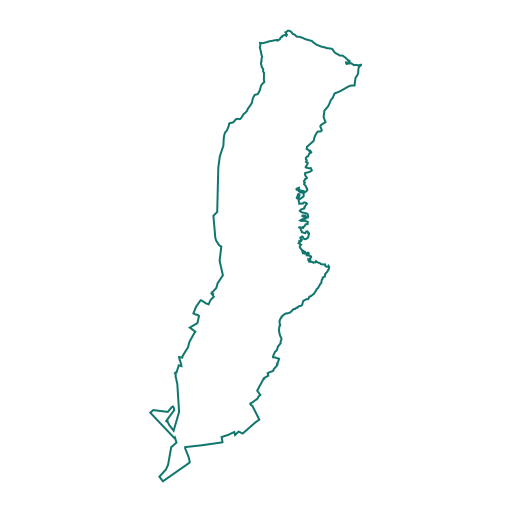 the district of Mereni, Covasna, Romania
{"feature_id": "2599482B11126024724962", "entity_name": "Mereni", "entity_type": "district", "adm_level": 2, "iso_a3": "ROU", "parent_name": "Romania", "parent_adm1": "Covasna", "projection": "orthographic", "projection_center": [26.261, 46.117], "detail": "fine", "context": "isolated", "style": "outline", "palette": "teal", "viewbox_px": 512, "rotation_deg": 0, "n_neighbors": 0, "source": "geoboundaries", "source_scale": "gbopen_adm2", "svg_char_len": 6039}
<svg xmlns="http://www.w3.org/2000/svg" viewBox="0 0 512 512"><path d="M189.6,462.6L189.7,461.3L188.6,457.0L185.1,448.2L185.2,447.1L201.6,445.3L222.1,442.4L222.5,442.2L221.6,437.0L227.9,435.0L234.3,432.0L235.0,435.0L238.6,431.6L242.7,433.5L255.4,422.4L259.3,419.6L252.4,405.9L250.6,404.6L250.2,403.9L250.5,403.3L252.4,402.4L257.5,398.6L258.5,396.5L260.3,395.0L257.2,390.6L263.8,378.4L264.3,378.5L264.3,377.9L268.3,375.7L267.7,373.1L273.2,370.8L273.8,369.1L276.5,366.1L277.6,364.4L277.6,364.1L277.0,363.7L278.1,361.8L279.1,358.8L275.4,357.6L273.0,357.3L272.9,357.0L273.7,354.6L275.1,351.7L276.7,350.4L277.4,348.7L277.8,346.7L280.6,343.3L280.6,341.4L281.4,339.6L281.4,338.4L280.0,335.4L279.4,332.9L278.8,329.6L279.2,328.8L279.2,327.7L279.6,325.5L280.2,325.4L279.4,321.6L280.4,318.7L281.2,318.0L281.3,317.1L281.8,316.9L281.9,316.3L285.1,313.8L286.6,313.3L287.3,313.5L290.5,312.3L291.6,311.0L292.3,310.6L292.6,309.9L294.0,308.9L295.0,309.0L296.7,307.6L297.2,307.8L298.6,306.4L301.7,305.5L302.3,304.7L302.6,303.0L303.3,300.9L306.6,299.1L308.3,299.1L309.4,296.6L310.7,296.3L313.8,293.9L316.2,290.3L316.7,289.1L318.0,288.0L320.4,283.8L321.4,282.8L321.4,281.9L321.8,279.8L322.6,278.9L322.7,277.5L324.9,276.5L325.0,274.3L325.8,273.7L325.9,273.0L327.5,271.6L327.9,270.2L328.4,269.9L328.9,268.8L329.2,266.8L328.5,265.9L328.3,266.5L327.7,266.8L325.6,266.4L325.3,265.7L325.4,264.5L325.9,264.3L322.9,264.5L320.8,264.0L319.7,263.0L317.7,262.5L316.0,261.1L315.4,262.4L313.7,262.3L313.4,262.7L312.1,261.9L310.8,261.9L310.5,261.5L309.2,261.7L308.8,260.7L307.9,260.0L308.3,260.1L308.3,259.3L309.0,259.7L309.4,259.2L310.3,260.0L310.0,258.7L310.7,257.3L311.1,257.3L311.1,256.5L309.2,255.6L306.8,255.3L307.0,254.9L308.6,254.6L308.8,253.3L308.6,253.0L307.9,253.3L307.9,253.0L307.4,253.2L307.3,252.9L305.4,253.7L304.5,253.7L304.4,253.3L305.1,252.5L305.1,252.2L302.9,253.2L302.5,251.9L304.4,252.1L303.6,251.0L301.7,249.8L300.0,247.7L299.7,246.7L299.9,246.1L301.0,244.7L298.6,243.2L299.1,242.7L299.2,241.8L299.6,242.2L299.7,241.6L300.0,241.8L300.3,240.9L301.1,241.1L301.6,240.4L301.8,239.8L301.1,239.5L300.3,238.0L300.5,237.3L301.8,237.1L302.1,236.6L302.6,237.2L303.0,237.2L303.6,238.5L304.7,239.2L306.0,239.0L308.2,237.5L308.2,236.7L309.1,233.7L308.9,233.2L308.1,233.1L307.9,231.8L307.5,231.4L306.2,231.5L305.3,233.2L301.8,232.2L301.8,231.3L300.9,230.2L300.7,228.3L299.2,227.5L299.4,227.2L303.1,227.9L303.0,226.9L304.3,226.5L304.9,225.8L305.6,224.3L307.6,224.1L307.8,221.9L304.9,220.8L301.3,220.9L300.2,220.5L301.9,219.4L305.5,218.6L305.2,217.3L303.2,216.6L302.3,216.0L302.5,215.5L305.4,215.6L306.0,216.9L306.9,217.7L307.8,217.5L308.2,216.4L307.7,214.3L306.8,213.5L301.6,212.3L299.8,210.9L301.0,209.5L304.4,208.4L304.3,207.2L305.0,206.8L305.2,206.0L306.9,203.7L306.2,202.9L304.2,202.4L303.5,202.7L302.9,203.6L299.2,203.7L299.3,202.7L298.7,201.3L298.8,199.2L297.0,198.3L296.7,197.8L297.4,196.5L297.9,194.5L298.6,194.0L299.4,194.7L299.5,195.5L298.5,197.8L298.8,198.4L300.0,199.0L303.4,196.6L303.7,195.8L303.6,194.7L303.8,193.9L302.6,192.6L300.3,192.5L299.3,191.2L298.6,191.0L297.9,190.1L296.8,189.8L296.4,189.2L296.7,188.7L298.9,187.7L299.1,189.6L299.7,190.3L303.6,191.1L304.8,192.1L305.7,191.8L307.3,190.2L307.0,188.4L306.5,188.0L305.7,186.0L304.1,184.3L304.1,183.8L304.9,182.6L304.0,181.7L303.9,181.1L304.7,180.2L305.1,179.0L306.6,178.5L306.9,178.0L306.9,177.6L305.3,175.6L304.9,173.6L305.2,173.0L309.1,172.1L311.6,170.8L311.8,170.3L310.7,168.0L309.1,168.4L305.7,167.4L305.7,166.9L307.1,164.7L307.8,162.9L306.0,161.9L306.8,160.2L305.8,159.0L305.9,158.0L306.8,156.7L308.2,156.3L308.9,154.2L310.2,152.9L311.0,152.7L311.3,152.2L310.2,150.8L309.5,151.5L308.9,150.2L306.7,149.0L306.9,146.9L313.7,140.8L314.3,137.9L315.3,135.4L317.2,132.1L317.8,131.6L320.7,131.4L321.7,130.6L321.8,130.1L320.3,126.5L320.5,125.7L321.0,125.0L325.5,122.1L323.6,117.1L324.4,110.7L328.1,106.3L329.5,103.5L330.6,100.4L332.8,97.7L334.6,93.4L339.2,91.7L348.8,86.3L351.1,85.5L354.5,85.5L355.6,77.6L357.1,75.6L358.1,73.3L358.4,69.0L358.9,67.0L361.7,64.5L358.7,65.4L356.1,64.9L353.9,65.1L351.0,63.2L346.6,63.9L346.1,63.1L346.1,62.4L347.0,62.6L349.3,62.1L349.6,61.5L349.5,60.8L347.7,60.0L346.0,58.1L342.6,55.6L340.1,55.6L335.5,53.1L334.4,52.1L332.4,49.2L331.6,48.7L326.0,48.0L324.8,47.2L323.4,47.2L321.0,46.5L316.4,44.6L313.2,42.3L311.9,41.0L305.4,39.2L302.5,37.8L299.1,36.8L296.6,36.6L294.5,34.5L292.9,34.1L291.0,31.7L289.4,30.8L287.8,30.7L286.0,32.3L285.5,32.4L286.9,34.8L286.4,35.8L285.2,34.9L282.5,35.8L281.9,37.0L281.4,37.0L280.6,37.7L279.8,39.3L277.6,40.6L277.2,39.9L269.4,41.3L263.0,43.2L260.1,42.9L260.4,45.2L259.8,47.7L260.4,49.2L260.6,51.0L261.1,51.8L261.1,53.2L262.1,56.8L261.4,59.6L261.5,61.7L261.0,62.3L260.9,63.2L261.9,67.4L263.3,69.2L263.0,70.9L263.2,71.7L264.0,72.7L263.9,79.8L264.3,82.2L262.6,83.5L261.0,85.8L259.9,90.0L258.0,93.8L257.6,94.2L254.9,94.8L253.6,96.7L252.6,99.3L251.9,102.8L250.5,105.1L247.6,109.1L247.3,110.5L245.5,112.6L243.8,113.9L241.2,118.0L240.2,119.0L239.4,119.2L237.8,118.8L236.1,119.1L233.2,122.4L229.6,123.2L229.1,123.7L228.9,125.4L228.2,127.4L226.7,130.8L225.1,132.5L224.2,135.3L223.7,138.7L223.4,145.6L219.8,156.4L218.3,167.6L217.2,212.0L213.4,215.8L215.3,237.7L216.1,240.5L219.1,245.2L221.3,246.6L219.6,260.9L222.9,275.3L217.6,283.3L216.4,287.8L213.0,291.6L211.8,292.4L211.4,293.4L212.2,294.4L213.0,294.2L212.8,295.0L213.8,296.7L210.5,300.1L208.6,304.3L206.2,303.5L201.0,300.2L200.2,300.8L196.0,306.9L193.4,313.4L195.3,314.4L197.9,315.0L199.0,316.0L197.4,323.1L189.8,327.6L195.3,331.7L193.9,333.8L189.5,341.7L188.0,347.3L182.7,355.8L182.3,357.6L179.1,357.1L179.8,360.4L180.0,360.5L181.1,364.1L181.4,366.1L178.8,365.3L176.5,372.5L175.4,372.5L174.9,373.3L175.6,373.9L175.7,375.5L175.5,375.9L177.3,383.9L179.1,412.0L173.6,430.7L169.0,424.7L168.4,423.2L167.8,422.4L167.5,420.7L165.7,421.7L174.3,410.0L173.6,407.4L172.9,406.5L171.8,407.1L167.8,411.9L153.2,410.1L150.3,412.7L174.0,437.7L174.3,438.0L174.9,437.4L176.5,442.6L171.2,447.2L168.3,463.6L167.7,465.7L165.9,469.5L159.4,476.7L162.9,481.3L189.6,462.6Z" fill="none" stroke="#0f766e" stroke-width="2"/></svg>